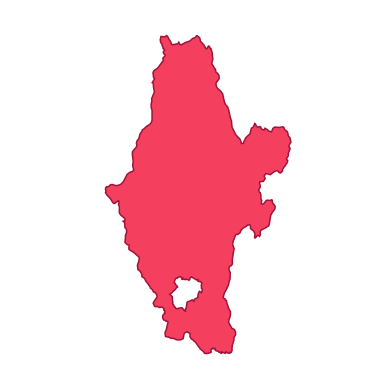 Lima Puluh Kota, Sumatera Barat, Indonesia (Equal Earth projection), rotated 16°
{"feature_id": "22746128B97954273808268", "entity_name": "Lima Puluh Kota", "entity_type": "district", "adm_level": 2, "iso_a3": "IDN", "parent_name": "Indonesia", "parent_adm1": "Sumatera Barat", "projection": "equal_earth", "projection_center": [100.621, 0.029], "detail": "fine", "context": "isolated", "style": "filled", "palette": "rose", "viewbox_px": 384, "rotation_deg": 16, "n_neighbors": 0, "source": "geoboundaries", "source_scale": "gbopen_adm2", "svg_char_len": 6097}
<svg xmlns="http://www.w3.org/2000/svg" viewBox="0 0 384 384"><g transform="rotate(16 192 192)"><path d="M185.3,309.5L187.4,312.1L188.5,312.3L190.3,311.6L192.7,312.0L194.4,311.0L195.3,310.9L197.4,312.1L197.4,313.3L198.7,313.8L198.7,315.2L199.5,315.9L198.2,317.8L197.9,319.0L198.1,320.2L198.9,321.6L200.2,322.9L201.2,322.7L202.6,323.4L204.3,323.0L204.8,323.6L205.2,331.6L204.8,334.0L205.0,335.2L206.1,337.7L206.8,338.3L209.4,337.9L211.7,338.4L215.3,337.8L217.4,338.3L219.2,338.1L222.1,337.1L223.9,335.4L223.5,330.5L224.0,329.3L225.6,327.8L229.1,328.6L229.9,331.6L231.8,333.4L234.3,334.1L235.1,334.9L236.2,335.0L243.2,340.6L247.3,342.4L248.5,343.6L250.9,343.2L254.0,341.4L254.6,340.5L253.8,339.6L254.0,338.3L253.8,337.7L254.7,337.3L255.2,336.1L255.7,336.6L256.8,336.8L257.4,336.2L257.6,337.2L258.8,338.0L261.2,337.9L262.3,338.7L263.1,338.3L263.6,338.6L263.9,338.0L264.5,339.0L265.1,338.7L265.3,337.5L268.4,338.0L268.5,336.4L269.7,336.4L269.8,336.9L271.9,336.8L272.8,336.4L272.6,335.9L273.3,335.9L273.1,335.8L274.0,335.2L274.2,333.3L273.6,331.5L273.0,328.2L273.2,323.2L272.5,320.7L273.2,317.0L272.2,314.1L270.6,312.5L267.9,312.0L263.2,307.3L262.8,304.9L263.0,301.2L262.6,298.5L261.9,296.4L259.7,294.2L256.1,289.1L255.0,286.8L253.8,286.5L253.2,285.6L251.8,285.4L251.0,284.6L251.0,279.9L252.1,275.2L252.7,271.1L252.4,269.0L252.5,265.1L251.0,258.9L249.0,256.6L248.7,255.4L248.4,254.0L249.0,252.7L250.1,251.9L250.5,251.0L250.5,249.1L249.5,246.4L248.4,238.8L248.2,235.0L245.4,230.9L245.2,227.4L245.9,221.0L246.5,220.3L247.5,220.3L249.3,218.3L249.7,215.4L250.8,213.2L251.9,211.6L253.3,210.5L254.5,208.6L256.5,207.5L257.5,208.5L258.4,211.1L261.8,212.4L264.1,214.8L264.6,218.2L264.9,218.8L265.6,218.6L267.0,215.7L268.6,215.4L269.0,216.0L269.4,215.1L269.5,214.0L268.4,211.1L268.9,209.7L272.9,205.9L275.1,203.2L275.1,201.4L274.1,192.7L275.1,188.5L276.2,186.1L276.2,184.1L275.8,182.7L272.1,179.9L271.6,178.2L271.2,177.6L270.7,177.5L269.6,178.5L266.3,179.2L265.6,179.8L264.1,183.6L262.8,184.4L261.8,184.2L261.3,180.8L260.1,179.6L259.2,176.1L257.7,173.8L256.2,173.3L255.6,171.0L256.2,168.9L256.1,167.4L255.1,166.0L254.2,164.0L254.3,163.6L255.0,163.2L257.7,162.1L258.7,158.8L257.1,157.0L257.0,156.4L258.0,154.1L258.8,153.7L262.3,153.9L265.4,149.9L267.2,148.3L268.5,148.1L270.7,149.4L271.5,149.4L271.9,149.2L273.1,147.3L273.2,146.8L272.9,145.4L273.0,144.8L273.6,142.3L274.2,141.9L274.3,140.8L275.4,137.8L275.4,135.9L275.3,135.3L273.8,134.4L273.6,133.8L274.5,131.5L274.4,129.8L273.9,127.5L274.4,123.5L274.2,122.9L272.8,122.1L272.5,120.3L272.6,119.3L273.4,117.0L271.3,113.0L268.9,111.3L268.1,109.3L266.9,107.6L263.8,106.5L262.7,104.8L261.6,104.2L258.0,105.9L253.7,106.8L252.4,108.3L252.1,109.1L252.0,111.4L251.5,112.3L248.7,112.2L246.7,111.0L245.4,111.0L244.8,110.5L244.5,110.6L244.5,111.8L244.0,112.5L242.0,112.5L241.0,112.0L240.2,110.6L239.6,110.3L238.6,110.7L237.6,111.6L236.9,111.6L235.2,110.4L234.3,109.1L233.4,108.8L233.1,112.1L232.4,113.5L231.5,114.2L231.7,119.9L228.7,125.1L228.4,126.4L228.6,127.2L228.0,128.5L228.0,130.7L227.5,131.3L226.3,131.7L223.7,128.1L218.5,125.1L213.0,119.1L212.3,117.9L210.3,112.7L208.4,110.0L205.0,103.7L202.9,100.5L200.0,98.6L198.1,96.1L194.4,89.2L191.6,87.0L187.9,85.3L186.3,83.6L185.1,81.1L185.5,79.4L186.9,75.6L185.8,72.5L183.8,70.8L182.2,70.4L180.4,67.3L179.2,66.6L178.2,65.4L175.8,63.4L175.5,62.0L175.4,58.6L172.9,52.4L171.9,51.0L171.1,49.3L169.0,48.2L168.8,47.5L167.8,47.0L167.3,47.6L167.3,48.9L166.9,49.9L166.2,50.5L162.9,47.4L158.5,44.7L157.2,42.0L156.5,41.4L153.9,40.4L153.3,40.6L152.3,42.9L150.4,44.1L148.3,47.5L144.5,50.1L140.7,53.8L139.6,53.3L138.0,51.7L137.4,53.5L132.6,55.8L131.7,55.7L130.6,54.0L127.2,50.9L125.6,49.1L124.5,48.6L123.0,50.4L119.3,51.0L119.5,54.4L120.5,56.6L121.3,57.5L122.2,57.9L123.0,59.5L124.2,60.8L124.7,62.2L126.4,62.6L126.6,63.5L125.8,64.7L126.0,66.0L126.8,66.9L128.2,67.6L128.7,68.3L127.1,71.3L128.3,74.0L127.4,75.5L124.8,82.4L122.0,85.9L121.6,88.0L123.5,92.6L124.8,93.3L123.6,97.9L124.7,98.0L126.2,102.1L128.3,106.2L127.5,113.2L128.4,115.9L128.5,119.0L129.6,122.3L131.1,124.5L133.8,134.0L133.8,135.7L133.3,137.7L131.8,139.8L130.5,141.0L128.3,144.7L127.2,145.7L127.1,147.5L126.0,150.7L126.2,154.5L126.0,155.9L125.1,157.7L125.0,159.3L125.1,160.5L126.0,161.9L126.2,164.0L123.7,169.5L124.2,172.1L127.0,178.7L127.7,183.1L129.9,186.8L129.1,188.7L127.1,189.9L124.9,192.6L123.1,201.1L121.5,204.1L119.6,205.7L117.9,206.5L116.5,206.9L113.6,206.7L111.7,207.4L110.3,209.8L108.5,210.4L107.8,211.8L108.1,213.3L109.2,215.3L109.0,216.5L110.9,218.2L115.5,221.0L118.9,224.1L120.1,224.5L121.0,224.2L121.9,222.7L123.9,220.8L124.7,222.6L124.9,224.6L126.3,226.2L127.7,231.6L128.3,232.6L129.7,233.7L134.9,236.1L135.4,238.1L133.8,239.1L135.6,240.0L136.7,242.5L136.8,243.6L137.7,245.0L138.3,245.0L139.6,246.5L140.3,249.2L139.9,252.1L140.2,252.3L141.5,259.0L144.1,260.4L146.1,260.4L146.5,261.4L146.6,263.2L147.5,264.8L152.1,265.9L159.0,269.2L159.7,270.6L159.9,273.9L159.7,277.4L161.2,281.1L161.6,281.6L164.0,282.5L165.3,283.7L166.9,285.6L166.9,286.6L167.4,287.3L169.8,288.0L170.7,288.6L171.9,290.2L175.9,293.1L178.4,295.3L178.5,295.8L181.0,296.9L182.1,298.4L183.4,298.9L183.8,298.5L186.2,300.3L187.3,301.8L187.4,302.5L185.9,306.9L185.3,309.5ZM220.5,275.3L221.0,274.9L221.5,275.2L222.0,274.6L222.4,275.1L222.2,275.6L222.4,276.2L224.0,276.1L224.7,275.7L225.9,276.7L226.7,276.9L226.6,279.5L227.3,280.4L227.4,281.7L228.6,282.6L229.0,284.5L228.9,286.1L226.5,285.4L226.0,287.7L226.6,291.9L223.8,294.5L223.8,296.5L221.8,295.6L220.9,296.7L217.7,299.0L218.0,302.8L218.5,305.0L218.0,306.9L218.6,308.2L217.7,308.3L214.3,306.0L211.0,307.4L209.9,308.6L208.4,308.2L207.7,307.4L206.2,306.9L205.6,305.7L204.1,304.8L204.2,303.7L203.1,301.6L201.9,298.0L198.7,296.3L200.6,294.2L201.4,292.2L202.2,291.5L203.8,287.8L204.4,287.4L203.8,286.6L201.8,285.6L201.2,284.6L199.8,283.8L199.9,280.4L200.6,279.2L201.4,279.1L202.5,277.3L203.0,277.3L204.1,276.6L204.8,276.7L205.4,277.4L206.4,277.3L206.1,277.8L206.3,278.6L207.2,278.6L208.0,277.9L209.5,278.2L210.1,277.6L212.7,277.4L213.5,277.7L213.9,276.9L213.8,274.9L214.9,273.8L220.5,275.3Z" fill="#f43f5e" stroke="#9f1239" stroke-width="1.5"/></g></svg>